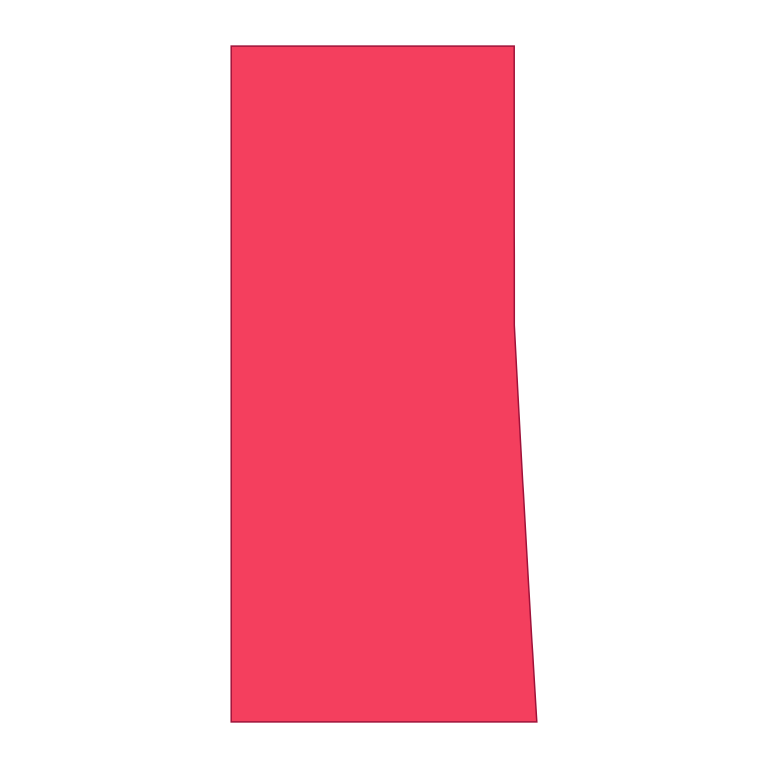 outline of Saskatchewan
{"feature_id": "CAN-631", "entity_name": "Saskatchewan", "entity_type": "Province", "adm_level": 1, "iso_a3": "CAN", "parent_name": "Canada", "parent_adm1": "", "projection": "mercator", "projection_center": [-105.491, 54.496], "detail": "fine", "context": "isolated", "style": "filled", "palette": "rose", "viewbox_px": 768, "rotation_deg": 0, "n_neighbors": 0, "source": "natural_earth", "source_scale": "10m", "svg_char_len": 1729}
<svg xmlns="http://www.w3.org/2000/svg" viewBox="0 0 768 768"><path d="M441.8,721.9L436.8,721.9L429.0,721.9L421.3,721.9L413.5,721.9L406.1,721.9L397.9,721.9L390.2,721.9L382.4,721.9L374.6,721.9L366.8,721.9L359.0,721.9L351.3,721.9L343.5,721.9L335.7,721.9L327.9,721.9L320.2,721.9L312.4,721.9L304.6,721.9L296.8,721.9L289.0,721.9L281.3,721.9L273.5,721.9L265.7,721.9L257.9,721.9L250.2,721.9L242.4,721.9L234.6,721.9L231.2,721.9L231.2,721.5L231.2,702.9L231.2,684.2L231.2,665.3L231.2,646.3L231.2,627.2L231.2,607.9L231.2,588.5L231.2,568.9L231.2,549.2L231.2,529.3L231.2,509.3L231.2,489.1L231.2,468.7L231.2,448.2L231.2,427.5L231.2,406.6L231.2,385.6L231.2,364.4L231.2,343.0L231.2,321.4L231.2,299.6L231.2,277.7L231.2,255.5L231.2,233.1L231.2,210.5L231.2,187.7L231.2,164.7L231.2,141.4L231.2,118.0L231.2,94.2L231.2,70.3L231.2,46.1L248.9,46.1L266.6,46.1L284.3,46.1L302.0,46.1L319.7,46.1L337.3,46.1L355.0,46.1L372.7,46.1L390.4,46.1L408.1,46.1L425.8,46.1L443.5,46.1L461.2,46.1L478.9,46.1L496.5,46.1L514.2,46.1L514.2,54.1L514.2,62.1L514.2,70.1L514.2,78.0L514.2,117.3L514.2,156.0L514.2,194.0L514.2,231.5L514.3,255.2L514.3,278.7L514.3,302.0L514.3,325.1L515.0,338.6L515.7,351.9L516.4,365.3L517.1,378.5L517.8,391.7L518.5,404.8L519.2,417.8L519.9,430.8L520.6,443.7L521.3,456.5L522.0,469.3L522.7,482.0L523.5,494.6L524.2,507.2L524.9,519.7L525.6,532.1L526.3,544.5L527.0,556.9L527.7,569.1L528.4,581.4L529.1,593.5L529.8,605.6L530.5,617.7L531.2,629.7L531.9,641.6L532.7,653.5L533.4,665.3L534.1,677.1L534.8,688.8L535.5,700.5L536.2,712.1L536.8,721.9L530.2,721.9L522.4,721.9L514.6,721.9L506.8,721.9L499.1,721.9L491.3,721.9L483.5,721.9L475.7,721.9L467.9,721.9L460.2,721.9L452.4,721.9L444.6,721.9L441.8,721.9Z" fill="#f43f5e" stroke="#9f1239" stroke-width="1.5"/></svg>